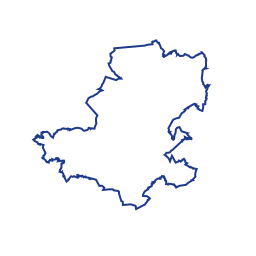 the district of Tepeji del Río de Ocampo, Hidalgo, Mexico, rotated 74°
{"feature_id": "50627088B70341561261436", "entity_name": "Tepeji del Río de Ocampo", "entity_type": "district", "adm_level": 2, "iso_a3": "MEX", "parent_name": "Mexico", "parent_adm1": "Hidalgo", "projection": "natural_earth1", "projection_center": [-99.356, 19.894], "detail": "fine", "context": "isolated", "style": "outline", "palette": "blue", "viewbox_px": 256, "rotation_deg": 74, "n_neighbors": 0, "source": "geoboundaries", "source_scale": "gbopen_adm2", "svg_char_len": 5816}
<svg xmlns="http://www.w3.org/2000/svg" viewBox="0 0 256 256"><g transform="rotate(74 128 128)"><path d="M82.5,145.6L83.5,143.7L84.7,142.4L85.1,145.7L86.5,147.9L87.2,151.2L87.9,153.0L87.7,154.5L88.4,157.7L92.3,161.2L107.4,154.0L109.6,155.9L112.7,156.9L114.8,157.1L118.0,159.7L119.4,160.4L118.2,163.4L118.6,164.2L118.0,164.3L117.0,165.5L117.0,165.8L117.8,166.1L118.3,166.8L118.7,167.8L118.6,170.9L118.3,171.4L115.8,172.9L114.1,175.9L113.5,178.5L114.0,184.4L113.1,184.0L112.6,184.9L113.0,185.2L113.0,185.6L112.5,185.3L111.9,185.8L112.1,187.0L111.3,188.5L111.2,189.6L110.6,190.0L110.5,191.7L111.0,192.7L110.8,196.6L111.9,197.0L112.3,197.5L112.3,198.5L113.5,200.0L113.2,200.6L116.6,202.7L114.4,204.5L111.6,205.1L109.7,206.4L109.1,207.2L109.2,208.3L108.3,211.0L108.5,211.3L108.9,210.8L109.3,211.2L108.9,211.7L109.2,211.9L108.8,212.5L110.4,213.1L111.2,213.1L113.1,211.9L114.2,212.3L114.0,213.3L113.1,213.8L113.1,214.8L111.5,215.2L111.2,215.6L112.1,216.0L110.8,216.9L109.9,217.0L110.6,218.5L111.3,217.6L112.2,218.5L112.0,219.1L113.0,222.0L113.3,221.7L113.4,222.1L114.8,221.3L117.0,218.8L118.0,219.0L118.9,218.5L119.7,217.3L119.0,217.1L119.0,216.8L119.7,216.3L119.9,215.6L121.1,213.9L123.1,215.3L129.4,214.2L131.1,215.9L131.2,216.9L132.7,217.2L132.9,218.5L133.5,218.6L134.3,217.4L136.4,216.1L138.0,215.8L138.7,215.0L138.3,213.8L139.2,213.5L137.1,211.8L138.5,209.9L137.0,209.5L137.9,208.5L138.2,206.6L137.9,205.6L137.2,205.3L137.7,203.5L139.1,203.0L139.3,204.5L139.8,204.4L139.4,203.1L140.7,204.4L141.4,199.7L141.8,198.5L143.6,199.0L143.8,199.6L143.4,199.8L143.4,200.2L144.0,200.3L144.1,200.9L143.6,201.2L143.9,201.8L146.9,202.6L148.5,203.4L148.5,203.9L149.2,204.7L150.3,205.3L151.2,205.0L151.4,205.5L152.2,204.4L151.9,203.6L152.4,203.8L152.8,203.3L154.7,202.8L155.9,203.3L156.3,202.8L156.8,203.4L157.7,202.5L157.9,202.8L162.6,201.8L161.7,200.0L160.9,199.5L161.1,198.9L159.9,197.9L158.7,196.0L159.7,194.5L159.5,193.1L160.6,192.0L161.3,190.6L162.4,190.0L161.8,190.2L161.9,188.8L161.6,190.2L161.3,188.9L160.3,189.3L160.3,189.0L159.3,189.7L159.2,189.1L160.1,188.7L160.5,187.7L161.3,186.6L161.2,186.0L161.7,185.8L161.3,185.2L162.4,184.3L163.1,184.2L162.8,182.5L163.1,182.1L163.8,182.2L164.9,179.5L165.6,178.7L166.3,179.1L166.7,178.1L166.1,177.6L168.9,173.0L175.8,171.5L176.1,169.6L176.5,168.8L178.8,167.3L180.7,169.0L181.7,163.2L182.8,159.4L184.0,158.9L185.7,155.0L186.3,154.6L187.0,154.2L188.6,154.7L196.3,154.6L197.4,153.4L200.6,154.1L202.1,146.6L204.9,142.2L208.1,142.3L208.4,143.6L206.1,132.4L205.2,131.9L204.6,130.5L203.3,129.3L203.1,128.4L202.5,128.6L202.1,127.0L201.5,127.1L201.4,126.6L198.8,128.5L197.5,132.3L196.2,131.9L194.1,130.0L193.4,129.0L192.5,125.7L192.0,125.8L191.5,124.6L190.8,124.8L190.8,122.5L190.2,121.1L189.4,121.1L189.0,120.3L188.3,120.5L188.2,119.3L186.8,119.6L186.8,118.4L187.8,118.2L187.8,117.9L187.1,116.8L185.8,116.2L184.9,113.6L185.1,111.9L185.6,111.6L185.8,110.7L185.3,110.4L184.5,110.7L184.5,109.3L183.6,108.7L184.2,106.9L184.9,106.6L185.7,107.2L186.8,106.3L188.7,106.8L189.1,106.0L190.0,106.0L192.5,106.9L193.4,104.8L192.7,104.5L194.0,101.4L195.0,100.0L194.8,99.4L197.0,98.7L196.9,98.3L198.5,98.1L197.7,94.8L198.6,88.0L197.3,85.3L196.3,81.6L195.8,81.6L196.1,79.7L195.4,79.9L193.3,76.6L190.8,76.1L188.8,75.1L186.4,73.3L184.6,76.4L184.9,76.7L183.3,77.7L183.2,78.6L182.6,78.7L182.5,79.7L181.2,80.5L179.0,82.9L178.1,80.9L176.9,82.3L174.9,82.1L173.1,82.7L174.0,84.7L173.7,84.8L174.8,86.6L173.3,88.0L174.2,89.0L174.4,91.7L166.8,93.4L171.6,96.8L168.6,97.2L165.3,99.0L164.0,100.1L163.8,99.4L162.4,97.9L162.9,96.2L162.9,94.3L161.6,92.7L161.5,91.6L155.7,80.3L156.0,79.9L155.7,79.4L154.5,79.4L154.3,79.0L154.8,77.9L153.4,75.7L152.3,75.7L152.7,75.2L153.7,75.3L153.9,74.3L154.3,75.2L154.9,75.1L155.4,73.1L155.3,71.5L156.2,70.2L155.9,69.9L155.1,70.0L154.3,70.8L150.9,72.6L149.0,73.0L149.0,72.7L146.0,77.4L141.3,78.3L141.4,80.9L142.4,82.3L146.1,83.8L148.8,86.2L149.3,85.9L149.7,86.5L150.5,86.4L151.5,87.0L151.8,87.7L151.1,88.2L149.8,88.7L149.3,88.4L149.1,87.7L148.6,87.8L144.1,88.9L144.3,89.5L143.1,89.9L143.0,89.0L142.4,89.8L141.2,89.0L139.4,89.2L132.8,82.7L132.4,81.8L132.0,78.7L132.2,76.0L128.6,72.3L128.0,70.1L126.9,68.1L126.7,67.9L126.0,68.5L125.3,66.4L125.7,64.7L125.2,64.2L124.6,64.5L123.0,57.5L124.1,55.9L124.9,57.0L126.1,56.4L126.1,55.3L126.6,54.4L128.5,55.8L129.2,54.7L130.4,54.2L132.1,51.8L128.9,50.0L125.9,49.3L126.4,47.3L126.2,47.0L123.4,46.4L122.7,45.2L122.0,44.7L121.5,44.8L121.2,44.4L120.8,44.9L120.0,44.7L119.4,44.0L118.8,44.0L118.5,43.3L117.4,43.3L116.7,42.7L114.9,42.9L113.9,42.6L112.5,41.1L110.7,40.0L109.3,38.2L109.1,38.9L108.4,39.5L108.9,40.7L110.5,42.4L107.7,43.0L106.3,43.7L105.4,43.2L103.7,43.7L100.6,43.4L93.9,40.5L93.4,40.7L92.6,39.9L92.2,38.6L92.3,36.4L91.6,37.3L91.2,37.4L90.5,36.1L85.4,34.7L84.6,34.1L82.1,33.9L80.2,34.9L79.3,34.3L75.7,36.0L75.6,36.3L76.1,36.2L76.5,36.8L76.3,39.4L77.0,40.0L76.7,41.3L77.2,41.8L77.1,43.0L78.1,45.0L78.2,46.7L77.4,48.3L75.9,49.4L75.0,49.7L74.5,51.0L73.7,51.5L72.6,53.1L73.2,53.5L73.8,55.0L73.1,58.1L72.3,59.0L70.9,59.4L70.7,60.0L71.0,60.5L70.4,60.2L70.4,60.5L69.2,61.0L66.7,60.8L66.7,61.9L66.3,62.0L66.7,65.6L67.3,65.0L68.5,66.0L68.1,66.9L67.4,67.2L67.6,67.6L67.3,67.8L67.9,69.0L68.2,68.9L69.1,71.8L68.6,72.2L69.5,73.5L69.5,73.9L69.0,73.9L68.9,74.4L68.4,74.6L67.2,73.4L66.6,74.0L64.0,72.1L61.7,73.2L60.3,74.3L57.1,74.4L56.2,74.9L54.7,74.6L54.1,76.0L51.6,76.7L51.5,77.6L52.2,79.8L52.2,80.4L51.8,80.5L52.0,81.1L54.3,81.4L53.4,85.9L53.4,89.3L47.6,119.2L49.9,119.6L51.8,124.5L54.5,125.0L55.6,124.1L56.1,124.3L56.5,124.9L58.1,125.4L58.4,126.1L59.6,126.3L59.8,126.7L60.5,127.0L60.6,128.9L62.8,128.9L69.1,127.3L70.4,125.8L72.5,125.6L73.5,125.0L73.8,124.4L75.3,123.8L76.0,122.8L77.6,121.9L77.8,121.1L78.7,120.8L77.9,123.5L78.7,126.2L72.7,135.3L78.0,139.4L78.9,140.7L80.8,142.1L82.2,143.8L82.5,145.6Z" fill="none" stroke="#1e3a8a" stroke-width="2"/></g></svg>